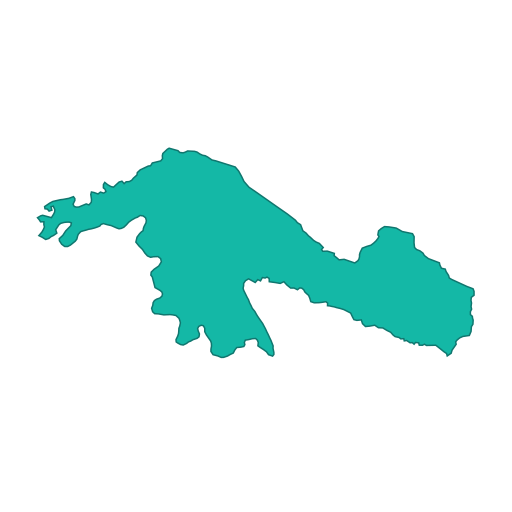 Santa Rita do Novo Destino, Goiás, Brazil, rotated 273°
{"feature_id": "56859067B8436628567433", "entity_name": "Santa Rita do Novo Destino", "entity_type": "district", "adm_level": 2, "iso_a3": "BRA", "parent_name": "Brazil", "parent_adm1": "Goiás", "projection": "natural_earth1", "projection_center": [-49.071, -14.869], "detail": "fine", "context": "isolated", "style": "filled", "palette": "teal", "viewbox_px": 512, "rotation_deg": 273, "n_neighbors": 0, "source": "geoboundaries", "source_scale": "gbopen_adm2", "svg_char_len": 5295}
<svg xmlns="http://www.w3.org/2000/svg" viewBox="0 0 512 512"><g transform="rotate(273 256 256)"><path d="M322.7,115.4L320.4,113.1L317.3,110.1L317.8,107.4L319.4,104.2L321.6,101.1L319.4,99.9L316.1,100.0L314.7,101.8L312.4,102.8L310.8,100.6L311.7,97.3L309.7,95.0L310.9,91.0L311.3,88.3L308.8,87.8L303.8,88.8L301.0,88.7L298.3,86.5L299.1,83.7L296.8,78.9L295.7,76.6L295.4,74.3L295.9,71.9L298.2,70.6L302.0,72.2L303.8,72.1L305.7,70.6L303.8,66.1L302.4,60.3L302.0,57.9L300.9,53.9L299.8,50.2L298.0,47.2L295.8,44.3L294.3,42.3L292.1,42.8L291.9,45.2L290.0,47.0L291.1,49.8L294.4,48.7L295.2,50.9L291.7,52.7L289.4,52.6L287.4,51.8L283.6,49.7L285.5,40.8L284.8,38.8L282.8,35.8L280.9,37.6L278.8,39.1L279.1,42.4L276.2,42.5L273.9,43.2L271.4,42.3L268.8,41.0L265.0,38.1L263.5,41.6L261.5,45.1L262.7,48.2L264.6,50.3L265.9,52.7L268.4,55.9L271.8,54.6L276.8,57.5L278.4,59.3L279.5,62.7L279.9,65.2L280.1,67.7L279.4,69.9L276.6,69.5L272.5,65.9L271.0,64.6L266.5,62.0L263.0,58.6L260.9,58.9L257.6,61.3L255.5,64.4L255.6,67.4L257.2,70.1L258.6,71.7L261.3,74.7L263.5,76.2L266.6,76.8L268.4,77.4L271.1,79.6L271.9,81.6L273.0,85.0L273.9,87.4L274.4,89.7L275.5,93.2L276.6,96.0L277.8,98.5L279.4,99.6L280.4,101.9L279.5,105.7L278.8,109.8L276.6,115.7L276.0,117.8L276.5,120.0L277.8,122.5L280.4,125.0L283.1,127.1L285.3,129.8L287.7,133.5L288.5,135.5L290.4,138.1L290.1,141.2L288.4,143.7L285.9,144.6L283.4,144.4L279.7,142.7L277.7,142.1L275.4,141.9L274.0,140.2L272.2,138.6L268.6,136.2L263.6,135.3L259.8,138.7L256.6,142.3L253.1,144.9L250.4,147.6L249.2,150.8L249.9,153.7L250.3,158.2L248.4,160.9L245.2,161.8L240.9,159.4L237.4,154.9L234.4,152.2L231.4,152.0L229.7,153.5L223.7,155.4L219.2,156.8L216.6,162.0L215.1,163.9L213.2,164.6L211.0,164.2L209.0,162.2L207.7,159.0L206.2,156.9L204.0,155.7L201.3,155.5L198.3,154.5L194.9,155.7L193.1,157.8L193.1,161.5L192.4,167.0L193.0,173.1L192.9,175.6L192.4,179.2L189.7,182.4L187.3,183.4L185.3,184.0L182.0,183.5L179.8,182.8L177.3,182.8L174.5,182.7L171.9,182.0L168.3,180.5L166.0,180.8L164.9,182.6L163.6,185.4L163.3,188.0L165.1,191.3L166.7,193.1L167.6,195.2L169.1,197.4L170.7,201.5L172.3,203.3L175.2,203.6L178.1,202.2L180.6,201.5L182.7,202.5L184.0,204.9L183.6,207.1L181.1,208.6L177.7,208.8L174.6,210.6L168.7,215.2L166.6,216.0L163.8,216.3L160.7,215.9L158.3,216.0L155.2,218.3L154.2,223.1L152.9,226.6L153.1,229.0L154.6,232.8L156.3,235.4L157.9,238.4L161.1,239.8L163.6,241.6L164.2,245.7L165.0,248.6L166.9,249.5L169.0,248.9L171.4,249.7L172.2,253.3L173.2,256.6L173.6,259.9L172.0,261.8L169.7,262.8L166.4,262.6L164.8,265.1L163.0,268.3L160.9,271.5L158.1,273.7L156.9,277.8L158.6,279.0L160.6,278.9L164.8,277.8L167.1,277.8L170.4,276.3L172.4,275.4L174.9,274.0L178.2,272.3L180.6,270.9L183.7,269.3L186.7,267.5L188.9,266.2L193.6,262.5L196.4,260.4L198.2,259.2L200.5,257.8L203.6,255.0L206.3,253.6L208.8,252.1L212.1,250.7L213.9,249.5L221.1,245.5L223.2,244.8L225.6,245.2L228.0,245.1L230.8,246.8L232.8,249.8L230.5,254.6L229.5,256.6L232.5,259.0L231.4,261.8L234.8,263.5L234.5,266.3L235.5,268.1L234.3,270.3L231.0,270.6L230.5,276.6L229.9,281.6L231.8,285.2L228.7,288.3L225.8,292.3L226.0,295.7L224.5,299.2L226.4,301.2L226.3,303.4L224.7,305.5L222.7,306.6L221.2,308.3L219.4,310.6L216.5,312.0L213.3,313.1L212.3,316.6L212.7,321.5L213.1,323.9L214.0,328.2L212.7,330.0L210.1,330.0L210.0,332.3L209.6,334.4L209.3,336.8L208.7,339.1L208.1,342.5L207.1,346.5L204.0,353.5L200.1,355.6L197.6,357.1L197.0,360.1L197.7,364.5L194.0,365.9L191.3,369.0L191.9,373.0L193.1,378.2L190.8,382.0L190.8,386.4L188.5,390.7L186.9,394.5L184.3,397.0L182.8,399.1L182.1,403.2L180.8,405.0L181.2,407.9L179.0,408.5L179.5,410.9L177.4,414.4L177.7,416.6L176.2,418.5L178.0,419.8L177.8,423.0L175.5,423.7L175.6,426.9L176.7,428.9L175.6,430.9L176.3,440.2L173.5,444.2L170.3,448.6L168.6,451.4L166.2,452.2L169.1,456.0L172.2,456.7L178.3,460.5L180.8,459.9L182.7,461.3L184.9,463.7L186.5,466.8L187.8,473.2L191.9,474.7L196.7,474.8L199.2,476.2L201.5,476.2L203.4,476.2L205.3,475.5L207.1,475.2L208.7,473.2L211.6,473.0L214.2,474.1L216.8,473.4L220.3,473.7L223.0,473.0L226.0,473.2L228.2,475.8L232.1,475.6L234.6,474.5L235.4,472.1L236.6,468.3L242.8,452.7L244.1,450.2L246.7,449.3L250.6,446.5L252.8,445.7L253.5,441.8L256.6,440.1L258.8,439.5L262.4,428.3L265.3,424.1L267.6,422.6L269.8,419.3L270.8,416.1L272.8,413.9L277.5,413.1L283.6,412.9L286.5,411.1L288.1,400.7L289.6,397.8L291.2,394.6L291.5,392.2L292.0,387.3L292.1,382.8L289.9,379.6L287.5,377.1L285.4,376.8L283.4,376.6L282.0,377.8L280.0,376.9L277.3,375.0L274.9,372.7L272.8,370.2L271.4,366.2L269.4,361.7L265.0,359.8L262.8,359.3L260.6,359.4L258.5,359.0L256.7,358.1L254.2,355.0L254.8,352.9L257.3,344.2L256.5,339.2L258.5,336.7L260.4,334.0L262.7,334.1L264.6,327.0L264.2,322.4L265.9,321.1L268.0,322.7L269.8,320.8L271.9,318.6L273.1,315.3L274.6,312.7L277.6,309.2L278.9,307.3L281.5,304.8L283.6,301.5L289.6,298.9L291.5,295.5L293.8,293.5L299.6,285.1L306.3,274.3L319.1,253.9L324.3,245.4L329.8,240.1L334.6,237.5L339.8,234.3L343.8,230.6L348.9,210.9L349.6,207.0L352.3,202.6L353.5,200.0L353.8,197.4L355.0,194.5L356.7,191.7L357.3,189.2L357.3,182.2L356.0,179.9L355.2,177.8L355.4,174.4L357.1,172.6L359.1,163.6L358.0,161.9L353.5,157.6L351.2,157.2L348.3,157.6L346.0,155.9L343.5,147.6L340.6,146.0L340.2,143.7L336.0,135.9L333.1,133.1L330.7,132.9L327.3,129.5L325.1,127.9L323.7,125.6L323.3,122.4L321.4,120.5L323.7,118.2L322.7,115.4Z" fill="#14b8a6" stroke="#0f766e" stroke-width="1.5"/></g></svg>